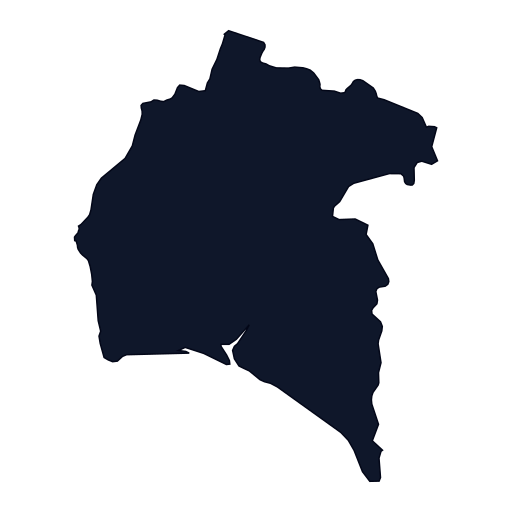 map outline of Huelva (Natural Earth projection)
{"feature_id": "ESP-5824", "entity_name": "Huelva", "entity_type": "Autonomous Community", "adm_level": 1, "iso_a3": "ESP", "parent_name": "Spain", "parent_adm1": "", "projection": "natural_earth1", "projection_center": [-6.789, 37.509], "detail": "fine", "context": "isolated", "style": "filled", "palette": "ink", "viewbox_px": 512, "rotation_deg": 0, "n_neighbors": 0, "source": "natural_earth", "source_scale": "10m", "svg_char_len": 2643}
<svg xmlns="http://www.w3.org/2000/svg" viewBox="0 0 512 512"><path d="M104.1,357.5L100.2,343.4L99.0,336.1L100.7,331.2L98.2,320.7L96.3,295.1L91.9,285.1L92.4,281.5L91.7,274.4L90.2,266.6L88.4,260.6L86.9,258.6L82.5,255.0L80.5,252.9L78.4,249.6L78.2,249.3L77.6,247.4L77.4,245.2L76.1,240.8L75.1,240.9L74.7,240.5L74.5,237.1L75.4,235.8L78.1,232.7L78.4,231.1L79.0,229.7L79.2,228.1L78.5,226.1L81.0,224.5L87.8,217.3L89.6,214.7L91.0,209.8L93.3,194.4L96.8,184.7L101.4,178.1L125.1,158.4L132.3,145.9L135.1,135.0L140.8,120.0L142.2,114.3L142.1,111.0L141.3,108.0L141.1,105.4L142.9,103.4L151.1,101.8L153.9,100.0L157.2,100.2L160.5,101.2L163.7,101.6L166.9,100.0L170.3,99.0L172.2,97.8L174.9,94.2L177.5,87.6L179.7,85.1L184.2,85.5L198.8,91.5L205.3,90.7L207.4,82.9L209.9,78.9L212.1,69.2L216.9,59.4L220.4,48.7L222.4,43.9L225.1,34.8L224.3,34.2L228.6,30.7L263.6,42.4L265.0,44.8L265.0,47.1L264.2,49.3L262.9,51.2L261.8,53.2L260.0,57.6L259.7,59.8L260.4,61.7L262.6,63.0L266.0,63.9L269.2,65.7L276.3,67.9L288.5,68.1L294.7,67.1L303.1,67.8L306.8,68.8L310.2,70.1L313.8,73.1L318.7,79.7L319.4,81.9L320.0,84.3L319.8,86.7L320.4,88.8L322.0,90.3L334.3,91.1L340.6,93.2L344.4,92.7L345.3,91.8L345.9,89.9L347.2,88.5L351.1,85.2L352.4,83.3L353.4,81.5L355.2,80.2L357.4,79.6L360.0,79.7L362.9,80.7L373.3,88.0L375.3,91.2L376.2,93.7L376.7,95.9L377.4,97.7L377.5,98.0L384.1,99.7L417.8,113.4L422.2,117.6L426.4,127.2L428.7,126.3L434.5,126.7L436.7,127.8L431.7,146.7L437.5,160.8L431.6,164.3L421.8,161.2L417.2,162.5L414.0,167.6L414.3,180.3L413.8,183.4L412.3,185.0L410.6,185.1L407.2,184.5L405.7,183.5L404.6,181.7L404.1,177.9L403.6,176.1L400.9,173.7L389.3,173.6L353.7,183.3L348.6,186.5L339.7,201.6L334.7,206.0L333.4,207.9L332.5,216.4L339.1,219.6L355.2,219.0L367.9,225.2L366.1,234.5L372.8,243.8L377.8,259.9L388.4,278.6L388.8,281.6L387.8,284.3L385.2,286.2L379.3,287.1L376.9,288.7L375.8,291.5L377.5,300.1L376.9,303.8L373.1,307.8L371.6,310.3L372.0,314.0L380.5,321.8L382.3,326.4L381.8,330.9L378.6,340.0L378.1,343.8L381.0,362.7L378.5,372.6L378.8,382.8L378.1,385.1L373.0,392.4L371.8,395.9L371.4,399.8L371.8,404.1L378.5,424.3L372.3,440.8L382.5,450.2L381.0,451.3L379.0,458.1L380.5,477.5L379.1,481.1L369.8,481.3L362.5,471.7L354.1,450.4L348.3,440.3L340.9,432.5L277.3,386.9L270.5,383.3L264.4,381.7L260.0,379.7L249.3,370.9L244.1,368.5L239.0,366.0L234.4,358.8L232.6,350.4L234.4,346.3L237.5,343.7L246.5,330.3L249.4,324.6L236.3,339.3L229.1,344.3L221.0,344.3L221.0,346.3L226.6,355.0L229.4,360.6L229.8,364.1L226.4,364.5L203.7,353.4L195.4,350.7L185.2,347.4L178.4,350.5L185.7,351.4L189.2,353.1L126.5,354.7L122.5,356.4L117.4,361.1L112.6,361.7L108.2,359.9L104.1,357.5Z" fill="#0f172a" stroke="#020617" stroke-width="1.5"/></svg>